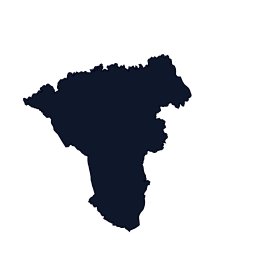 Perdizes, Minas Gerais, Brazil, rotated 324°
{"feature_id": "56859067B83909655673095", "entity_name": "Perdizes", "entity_type": "district", "adm_level": 2, "iso_a3": "BRA", "parent_name": "Brazil", "parent_adm1": "Minas Gerais", "projection": "robinson", "projection_center": [-47.183, -19.429], "detail": "fine", "context": "isolated", "style": "filled", "palette": "ink", "viewbox_px": 256, "rotation_deg": 324, "n_neighbors": 0, "source": "geoboundaries", "source_scale": "gbopen_adm2", "svg_char_len": 5741}
<svg xmlns="http://www.w3.org/2000/svg" viewBox="0 0 256 256"><g transform="rotate(324 128 128)"><path d="M186.5,142.3L187.1,141.5L187.9,141.0L188.9,139.3L189.9,139.1L191.8,140.8L192.5,140.8L193.3,140.3L194.1,138.8L196.1,139.3L197.1,139.2L198.0,138.6L198.5,137.6L199.0,135.4L199.5,134.4L199.9,132.1L199.9,131.0L198.9,126.7L198.7,125.5L198.8,124.2L198.9,122.4L200.1,117.7L198.2,116.2L197.6,115.0L197.6,113.2L197.9,112.2L199.8,109.8L200.9,108.0L201.6,105.3L201.1,104.0L200.5,102.8L200.6,101.9L202.4,98.9L202.8,97.8L201.7,96.0L202.0,94.8L202.6,93.9L202.5,92.8L201.8,92.9L201.0,92.3L200.2,92.6L199.4,92.6L198.7,91.8L199.5,90.7L199.5,89.6L198.4,89.0L196.9,89.6L196.2,89.0L195.4,88.5L194.0,88.5L192.4,88.8L191.8,88.1L191.3,86.4L189.5,86.7L188.9,85.9L188.5,84.9L186.3,85.4L185.5,84.9L184.7,85.0L183.8,85.5L183.0,87.5L181.4,89.7L180.4,89.7L180.1,88.4L179.4,88.2L178.6,89.2L177.6,88.9L176.6,89.1L175.7,88.9L175.1,88.5L175.5,86.8L175.6,85.4L175.5,84.1L174.4,83.6L174.1,85.1L173.7,85.7L171.9,86.5L171.1,86.3L170.5,85.6L171.0,83.6L170.7,82.9L169.8,83.8L169.3,84.5L168.6,85.0L168.3,84.3L168.2,82.3L168.4,81.2L167.5,81.0L166.6,81.4L165.8,81.1L165.3,80.1L164.8,79.5L164.1,80.3L162.0,81.9L161.3,79.9L160.7,79.0L160.4,77.7L160.6,76.8L161.1,76.1L161.3,75.1L160.0,75.4L159.2,75.1L158.9,73.9L158.2,74.0L157.7,75.0L156.7,74.8L156.3,73.6L155.5,72.7L155.4,71.4L156.1,70.8L156.6,70.1L156.2,69.2L155.5,68.6L154.5,68.7L153.1,69.6L153.0,68.6L152.6,67.9L151.7,67.4L148.8,67.2L148.4,66.5L147.8,66.1L147.0,66.5L147.1,68.3L146.7,69.4L145.8,69.9L144.6,69.3L143.8,67.3L143.0,66.8L141.6,67.3L140.7,67.1L140.4,66.3L140.6,65.5L142.7,64.3L143.3,63.7L143.2,62.4L144.1,61.6L143.9,60.8L142.9,60.6L140.3,62.0L140.1,60.7L139.1,60.4L137.9,62.1L137.9,59.6L136.9,59.5L136.1,60.1L135.5,61.2L134.5,62.1L134.2,61.2L134.2,60.3L133.6,60.7L132.8,60.5L132.6,59.7L131.9,59.2L131.7,60.4L131.3,61.3L130.4,61.8L128.6,60.6L127.9,59.8L126.6,59.1L127.0,57.9L126.4,57.3L124.5,57.3L123.9,56.9L123.6,55.9L123.0,55.2L121.1,55.1L120.3,55.2L119.6,53.6L119.1,52.8L117.6,53.6L117.0,53.1L116.8,51.9L115.9,52.3L115.2,53.1L114.5,53.7L114.1,52.4L114.4,50.9L114.0,50.0L113.0,49.0L112.2,48.9L111.4,49.2L109.8,50.4L109.2,51.5L108.2,51.8L107.4,52.5L106.5,52.0L106.1,50.9L103.3,50.7L101.7,49.6L97.8,50.8L97.3,51.9L96.4,52.4L94.9,53.9L94.6,54.8L95.0,56.1L94.3,57.0L93.5,57.1L92.6,57.0L89.4,56.7L89.1,55.7L89.9,54.8L90.5,53.7L90.4,52.5L90.5,51.6L90.9,50.7L90.6,49.7L89.9,48.9L89.4,46.3L88.9,45.6L88.0,45.4L87.4,45.5L86.8,46.0L86.1,46.3L85.5,45.6L85.0,44.5L84.0,44.4L82.3,44.8L81.4,44.5L80.6,44.6L80.0,45.5L80.2,46.9L79.7,47.7L78.9,47.8L78.4,46.4L77.7,45.8L76.8,46.0L75.2,46.9L74.3,46.8L73.2,46.4L71.3,45.1L69.3,46.1L67.9,47.4L67.1,47.2L66.6,45.4L65.7,45.1L63.2,46.1L62.5,45.3L61.8,43.5L61.0,43.1L60.2,44.0L59.6,47.4L59.1,48.3L59.5,49.5L60.4,49.5L61.7,50.3L62.2,52.6L62.8,53.6L62.9,54.5L63.9,55.0L64.3,56.4L65.2,57.1L65.8,58.1L66.2,58.9L67.1,59.4L67.5,60.3L67.3,61.6L68.3,63.0L67.9,64.0L68.7,64.5L67.9,67.4L68.5,69.4L68.7,71.5L71.5,73.1L71.5,76.5L70.1,77.7L69.1,79.5L68.8,82.9L68.4,84.1L67.3,86.1L67.6,88.9L68.1,91.8L67.3,100.1L66.9,106.6L68.8,107.7L69.7,107.6L70.5,107.1L71.7,107.1L72.6,107.6L73.0,109.5L73.8,110.1L74.3,110.7L74.6,111.5L74.8,115.3L76.2,117.8L76.4,119.2L76.4,120.0L76.5,121.1L77.2,123.0L77.4,124.2L79.4,127.1L78.7,128.2L76.9,130.5L75.0,133.9L74.3,136.0L73.0,138.6L71.5,142.2L69.5,146.2L68.3,147.8L67.8,148.7L66.9,151.1L65.7,153.7L64.7,157.0L62.8,162.1L62.1,162.6L60.5,162.6L59.4,163.2L57.2,162.9L55.4,163.2L54.5,163.7L54.0,164.6L53.2,164.7L53.8,165.7L53.7,166.8L53.8,167.6L54.6,167.6L55.0,168.4L54.9,169.4L54.6,170.5L54.6,171.9L55.6,172.5L56.7,172.5L57.4,173.0L55.4,176.9L55.4,177.8L56.3,180.0L55.8,182.8L56.0,183.8L56.9,184.4L57.4,185.3L56.8,186.4L55.5,187.1L55.9,188.1L56.6,189.2L58.0,192.9L58.7,193.8L59.2,195.0L60.2,195.6L59.8,196.6L59.1,197.6L59.7,198.3L60.7,198.5L61.4,199.0L61.3,200.0L61.7,201.1L63.6,202.8L63.8,203.6L64.2,204.3L65.8,205.5L66.8,205.7L67.6,206.2L67.3,207.3L67.5,208.6L68.1,209.4L68.6,212.1L69.5,211.5L74.7,212.7L78.8,212.9L80.1,212.7L83.8,206.3L84.6,205.5L85.8,204.6L88.3,203.4L91.7,202.6L92.4,202.3L93.9,201.3L96.0,199.6L98.0,197.2L99.8,194.0L100.8,193.5L101.6,192.6L101.1,191.1L101.8,190.3L103.3,189.4L106.4,188.4L109.1,185.9L110.2,185.3L111.0,185.5L111.9,186.0L112.7,185.0L113.7,184.4L113.1,182.5L110.5,181.0L109.8,180.4L110.5,180.0L111.8,180.3L112.5,179.6L112.8,178.5L114.0,176.5L114.1,174.6L115.0,171.9L116.8,168.7L117.3,167.5L117.3,166.0L118.0,165.5L119.6,164.7L120.2,163.8L122.4,162.2L123.9,160.2L125.1,159.8L125.8,159.1L128.0,159.8L128.6,158.9L130.3,157.4L131.1,157.5L132.8,160.0L133.7,160.6L134.6,162.7L135.5,163.4L137.0,163.7L137.9,163.4L139.1,163.4L139.8,163.9L141.4,164.3L142.2,164.9L143.6,165.1L144.9,164.5L144.6,162.4L145.2,161.7L146.0,162.6L146.7,162.4L146.9,161.0L147.6,160.2L148.6,159.9L148.9,160.9L149.4,161.4L149.5,160.2L150.2,159.5L152.2,158.7L153.4,158.8L154.2,158.5L154.6,157.9L154.6,157.0L155.4,156.1L155.3,154.9L154.6,154.3L153.8,153.2L154.3,152.4L154.6,150.5L155.1,149.8L156.3,149.0L157.4,149.3L158.7,149.2L159.0,148.0L159.1,147.0L158.9,145.9L159.9,145.7L161.4,144.6L161.4,143.8L160.8,143.0L160.7,141.8L159.0,140.8L158.8,139.7L158.8,138.8L156.5,137.9L155.5,137.2L155.8,136.0L156.4,135.5L157.1,135.3L157.4,134.3L157.8,133.5L158.5,133.3L158.9,132.7L159.8,132.2L160.7,132.5L161.2,133.0L161.9,132.7L163.1,132.9L164.4,132.8L165.0,131.7L165.2,130.7L165.6,129.7L166.2,129.0L167.9,129.5L169.2,131.2L170.3,131.2L170.9,132.0L172.0,132.7L173.0,133.1L173.7,132.8L175.1,131.7L177.4,132.3L178.1,132.9L178.3,133.9L178.0,134.9L178.5,135.7L179.4,136.3L179.4,137.6L179.0,138.8L179.6,140.0L180.5,141.3L181.9,140.6L182.6,140.0L182.9,139.3L183.5,138.8L184.6,138.7L185.4,139.6L185.1,140.7L185.6,142.5L186.5,142.3Z" fill="#0f172a" stroke="#020617" stroke-width="1.5"/></g></svg>